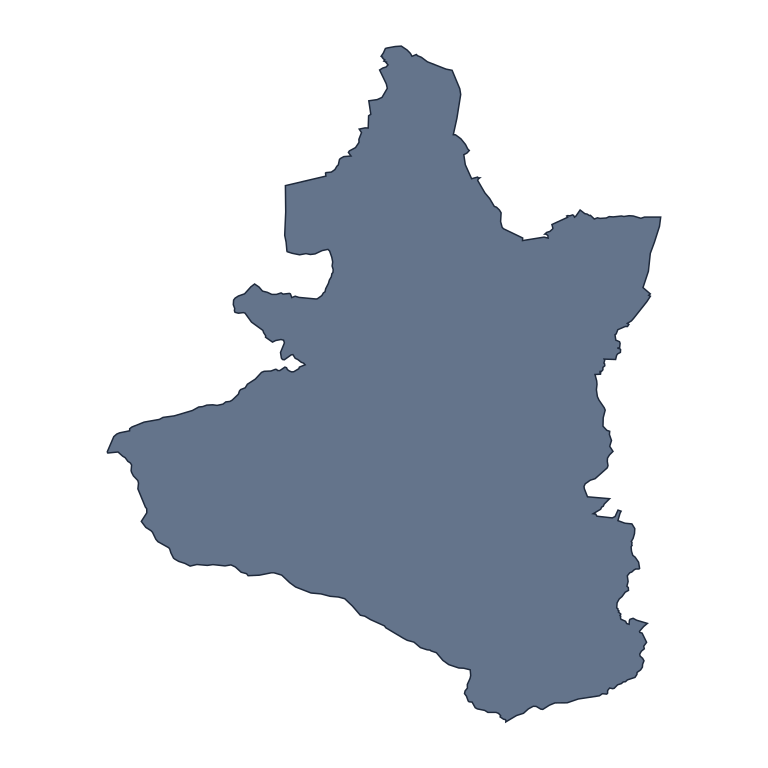 SAG, Salaj, Romania
{"feature_id": "2599482B5262468185664", "entity_name": "SAG", "entity_type": "district", "adm_level": 2, "iso_a3": "ROU", "parent_name": "Romania", "parent_adm1": "Salaj", "projection": "robinson", "projection_center": [22.788, 47.047], "detail": "fine", "context": "isolated", "style": "filled", "palette": "slate", "viewbox_px": 768, "rotation_deg": 0, "n_neighbors": 0, "source": "geoboundaries", "source_scale": "gbopen_adm2", "svg_char_len": 6100}
<svg xmlns="http://www.w3.org/2000/svg" viewBox="0 0 768 768"><path d="M505.8,721.9L516.6,715.5L523.5,713.3L528.4,708.9L533.2,706.3L536.2,706.4L540.7,709.1L542.8,709.4L549.4,705.2L555.0,702.9L567.2,702.8L578.3,699.0L599.4,695.8L602.4,693.7L606.7,694.1L607.6,693.2L607.6,690.6L609.6,688.0L612.7,688.7L614.2,688.3L617.6,684.8L621.4,683.6L623.3,681.9L625.5,681.7L627.4,679.9L635.0,677.4L636.9,674.5L637.1,672.4L640.6,669.9L642.4,667.2L642.6,664.3L644.0,660.8L642.6,658.3L640.1,656.1L639.7,654.1L641.4,651.2L644.3,648.8L643.7,646.2L646.6,642.3L642.1,633.1L639.8,632.4L639.5,631.3L643.7,626.5L647.4,623.4L636.6,620.2L633.1,618.3L630.0,619.3L629.4,620.4L629.1,624.3L626.6,623.5L625.6,621.3L620.9,619.2L620.5,617.9L620.7,616.2L619.9,615.6L620.8,614.1L618.4,612.0L619.0,611.0L617.9,610.0L617.9,608.7L616.7,607.9L617.1,602.8L619.2,599.0L622.0,596.6L625.2,592.2L628.5,590.4L628.3,587.5L626.9,586.3L628.1,581.5L627.3,575.8L629.7,572.8L631.8,572.0L634.1,569.9L635.7,569.0L638.9,569.0L639.6,568.4L638.6,562.2L635.1,557.1L632.8,555.4L631.5,551.2L631.1,546.8L632.1,545.3L631.7,544.7L632.0,542.5L631.3,541.5L633.1,538.4L634.5,533.6L634.8,528.6L631.9,523.9L624.9,523.2L617.9,520.6L620.0,513.3L621.1,511.2L618.0,510.1L615.1,516.5L612.3,517.9L596.9,516.2L595.7,514.1L593.2,513.7L600.6,509.3L601.7,507.1L603.3,506.2L604.2,504.1L609.6,498.7L587.5,496.8L584.4,488.9L584.0,486.5L585.2,483.8L590.3,480.2L595.1,478.7L607.3,467.8L608.0,465.6L607.3,461.4L607.5,458.1L609.5,454.9L613.0,451.4L609.7,446.3L611.5,440.5L609.4,434.5L609.7,431.3L606.8,430.3L603.0,426.2L603.2,417.8L605.2,410.1L604.2,407.7L599.0,400.1L597.4,396.6L596.4,389.7L597.0,384.4L596.7,380.9L595.0,374.5L600.5,374.2L600.7,372.7L600.0,372.6L600.1,371.4L601.6,371.3L602.9,369.8L602.9,367.4L604.8,365.8L604.6,363.8L603.9,363.1L604.7,360.3L604.1,359.1L615.6,359.5L616.6,355.4L617.6,353.9L620.4,352.4L620.6,349.6L619.9,348.8L617.3,348.1L619.6,347.7L620.1,343.4L619.5,341.7L615.8,340.1L615.0,334.7L616.2,333.9L617.8,329.7L625.2,326.5L627.5,326.5L628.9,324.4L627.3,323.4L631.4,320.9L633.6,318.4L646.9,301.6L650.4,296.2L648.7,295.3L650.3,293.9L643.0,287.6L648.4,271.3L650.3,253.4L654.4,242.3L659.5,226.3L660.7,217.1L644.4,217.1L640.9,218.3L633.3,216.0L629.1,215.7L623.9,216.5L621.4,216.0L613.2,216.9L609.2,216.6L606.3,218.0L600.0,218.4L597.4,217.8L594.3,219.0L590.4,215.3L589.2,215.5L587.2,214.1L584.9,213.7L580.1,210.0L575.9,216.1L574.5,217.2L573.6,215.4L572.6,214.9L569.9,215.8L567.6,215.6L566.7,216.0L567.6,217.3L551.9,224.5L552.9,228.2L552.6,229.0L549.9,231.4L546.7,232.4L544.8,234.1L546.2,234.2L547.9,235.6L548.1,238.1L544.1,237.1L522.5,240.6L522.7,238.0L503.4,228.7L502.1,227.2L500.6,221.6L501.1,212.8L499.4,210.0L496.5,207.2L494.3,206.4L489.7,198.6L484.9,192.9L477.7,180.5L478.2,179.1L479.7,177.9L478.2,177.9L477.6,177.1L471.6,178.7L465.3,164.7L463.8,154.7L466.9,153.1L469.3,150.5L467.7,148.9L465.5,144.5L460.9,138.8L455.5,134.8L453.3,134.7L456.9,118.3L460.7,94.5L459.8,88.8L452.1,70.3L446.0,69.1L427.4,61.8L421.4,57.3L417.5,55.7L416.4,54.5L412.0,56.3L410.4,53.4L407.1,50.0L401.3,46.1L395.3,46.5L387.0,48.0L385.4,48.5L383.3,53.1L381.1,56.3L382.5,57.2L382.3,57.6L383.4,58.9L384.8,59.9L383.8,61.1L386.4,62.1L386.0,62.5L388.0,64.9L386.1,67.0L382.8,68.0L379.6,70.0L386.3,83.9L387.3,88.3L382.0,97.4L377.2,99.6L368.8,100.8L370.8,114.3L368.6,115.8L368.2,128.0L365.0,127.9L359.2,129.1L361.5,132.6L358.9,139.3L359.0,142.4L355.5,147.6L349.4,150.9L348.4,152.4L351.0,156.0L343.8,156.6L340.4,158.5L339.5,159.4L338.3,164.9L336.8,166.3L334.9,169.6L331.3,172.1L326.0,172.6L325.5,173.1L325.9,176.1L285.4,185.6L285.7,212.0L284.7,235.3L286.1,242.2L286.9,251.0L287.2,251.7L292.2,253.3L299.6,254.8L306.0,253.6L310.3,254.5L315.1,253.9L322.1,250.6L327.2,249.5L328.0,249.4L329.6,251.0L331.8,257.3L332.7,262.0L332.1,266.0L333.2,269.6L332.9,272.6L331.9,273.6L331.3,276.8L329.4,280.0L328.4,283.4L325.7,288.7L325.0,291.8L323.4,292.9L321.8,295.6L317.3,298.8L316.1,299.0L298.9,297.4L295.2,296.2L291.8,297.6L290.4,293.9L289.4,293.4L283.1,294.1L281.1,292.9L276.5,294.4L271.8,294.4L267.3,292.3L262.5,291.1L259.1,287.1L254.6,284.0L251.0,286.7L244.6,293.8L238.4,296.0L235.1,298.1L233.6,300.1L233.3,304.7L234.7,308.4L234.4,310.7L235.0,312.3L238.4,313.2L243.4,312.6L245.0,313.1L251.5,322.1L262.9,330.4L263.6,332.6L265.7,335.8L265.5,337.2L272.5,342.1L275.7,340.5L281.0,339.5L283.6,340.2L284.4,342.9L280.5,352.5L281.4,358.1L282.5,359.5L284.3,359.8L291.3,354.8L292.9,354.6L295.2,358.3L297.9,359.6L301.3,362.3L303.6,363.1L305.1,364.8L299.4,367.1L298.8,368.7L293.8,371.7L291.7,371.9L289.4,371.0L287.4,369.6L286.5,367.7L284.9,367.1L279.8,370.6L277.5,370.5L276.7,369.5L275.4,369.3L271.0,371.0L264.1,371.3L261.5,372.4L255.3,379.1L247.4,384.2L245.2,387.8L240.6,389.6L239.4,391.1L238.4,394.2L232.2,400.1L230.0,401.4L225.8,401.9L223.0,404.1L217.1,405.4L212.8,404.8L206.8,405.1L202.7,406.6L198.7,407.0L192.4,410.5L174.1,415.9L163.0,417.4L159.4,419.4L144.1,422.1L131.9,427.0L129.7,428.7L129.6,430.8L119.7,432.8L116.8,434.0L113.8,436.6L107.3,451.7L107.6,452.9L108.0,453.0L118.0,452.0L122.7,456.2L125.2,457.7L127.9,461.4L130.3,462.9L131.6,465.0L131.1,470.7L131.6,472.4L133.4,475.9L137.8,480.5L138.5,483.1L137.9,488.9L145.4,507.1L146.7,508.7L146.8,512.8L141.3,521.4L145.8,527.4L151.0,530.7L152.5,532.3L155.8,539.2L157.9,541.7L168.7,547.7L169.7,549.0L170.9,552.9L173.5,558.1L174.6,559.0L178.7,561.4L184.9,563.4L190.1,566.1L196.9,564.5L207.4,565.4L212.9,564.6L225.0,565.9L231.0,564.9L235.4,567.0L241.1,572.2L246.6,573.7L248.1,575.7L259.3,575.2L271.3,572.8L274.0,572.8L281.7,575.1L289.6,582.6L295.6,587.0L311.0,593.0L321.0,593.9L330.1,596.3L338.3,597.0L344.7,598.7L352.4,606.0L360.3,615.2L364.8,616.2L370.5,619.6L384.5,625.9L385.8,627.8L403.1,638.1L407.2,640.3L413.9,642.1L420.4,647.6L427.1,649.8L430.1,650.1L431.0,650.9L436.4,652.7L442.9,660.4L448.7,664.6L458.8,668.0L463.6,668.2L470.2,669.8L470.7,675.5L470.1,678.3L467.3,684.5L467.4,688.1L465.1,690.9L464.5,693.6L466.4,696.1L468.2,701.0L469.1,701.8L472.1,702.1L475.2,707.7L477.3,708.9L484.7,710.4L487.9,712.4L496.1,712.4L498.5,713.4L500.6,715.6L500.1,716.9L503.5,719.2L505.4,719.6L505.9,720.4L505.8,721.9Z" fill="#64748b" stroke="#1e293b" stroke-width="1.5"/></svg>